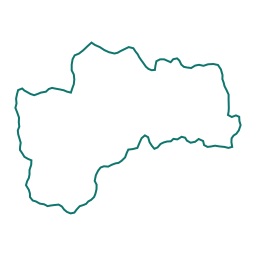 the district of Juruaia, Minas Gerais, Brazil
{"feature_id": "56859067B3043331336620", "entity_name": "Juruaia", "entity_type": "district", "adm_level": 2, "iso_a3": "BRA", "parent_name": "Brazil", "parent_adm1": "Minas Gerais", "projection": "albers", "projection_center": [-46.523, -21.229], "detail": "fine", "context": "isolated", "style": "outline", "palette": "teal", "viewbox_px": 256, "rotation_deg": 0, "n_neighbors": 0, "source": "geoboundaries", "source_scale": "gbopen_adm2", "svg_char_len": 2163}
<svg xmlns="http://www.w3.org/2000/svg" viewBox="0 0 256 256"><path d="M30.0,197.1L32.7,200.5L35.8,201.4L39.8,203.6L44.2,204.3L47.5,206.1L50.8,205.5L54.8,205.0L58.7,204.6L61.9,206.5L64.1,209.6L66.9,211.9L70.6,213.4L74.4,212.6L76.5,209.7L79.7,206.2L83.4,205.0L86.2,203.8L88.2,201.5L91.2,199.8L94.1,197.0L95.4,193.8L96.5,189.3L96.6,184.7L94.7,180.9L95.9,175.1L98.1,170.7L100.6,167.5L103.9,166.3L108.2,166.6L111.7,164.8L115.4,163.4L118.5,162.9L121.6,160.8L125.1,157.4L126.8,152.8L128.3,149.6L132.6,149.1L137.4,147.9L139.5,142.8L141.6,138.2L144.9,135.4L148.1,137.2L149.6,142.3L152.0,146.0L154.4,148.8L157.6,147.4L160.5,144.0L163.5,142.5L167.1,141.5L170.9,141.3L173.4,138.9L177.4,139.4L181.6,136.8L185.1,137.7L186.9,140.6L190.6,142.7L195.1,141.8L198.7,139.0L203.1,141.0L204.1,145.1L207.6,146.9L210.9,146.5L215.0,145.7L219.3,146.4L224.3,146.9L228.4,147.9L232.2,146.9L231.4,142.1L231.6,138.3L233.6,135.5L236.4,133.7L238.8,130.4L240.6,125.1L239.4,121.0L239.2,116.8L235.9,115.4L231.8,117.0L228.0,115.0L228.6,111.5L228.8,108.1L228.7,103.6L228.6,99.8L228.6,94.6L226.5,90.0L224.5,86.1L223.7,82.7L222.4,79.2L222.5,75.0L220.9,69.4L218.0,65.0L213.4,64.0L208.0,64.3L203.5,65.8L198.9,64.8L195.1,65.6L191.2,68.0L187.0,67.5L183.8,66.8L181.3,64.6L179.4,60.6L177.1,58.4L173.2,59.2L170.7,62.2L167.9,61.0L164.1,59.3L160.2,59.3L156.4,61.2L155.4,65.9L154.9,69.9L151.7,70.2L148.6,69.0L145.9,66.7L143.3,63.0L141.1,60.0L139.2,57.2L137.8,54.4L135.7,51.8L133.3,48.2L128.7,47.1L124.6,49.1L120.5,51.1L117.5,52.8L114.4,53.5L109.0,52.2L104.4,50.1L99.8,47.1L95.0,45.0L91.5,42.6L87.2,46.5L83.1,50.4L78.8,53.7L74.7,55.3L72.6,59.2L71.7,64.7L71.7,70.4L73.8,74.5L74.3,79.5L73.8,84.2L72.3,88.3L70.9,92.6L66.8,91.6L63.9,90.3L60.2,89.5L55.4,88.6L52.0,87.9L48.8,89.0L45.9,91.7L40.9,92.6L37.5,94.0L34.2,95.2L30.6,94.0L27.4,92.2L24.3,90.5L22.2,88.5L18.1,90.1L17.0,94.2L16.1,98.6L16.5,103.6L15.4,107.9L17.1,112.2L19.0,117.6L18.8,122.4L19.3,126.6L17.8,130.4L18.2,134.3L19.6,139.0L20.7,142.8L20.1,146.7L20.0,150.0L22.2,153.2L24.4,156.8L27.8,158.8L31.4,160.3L31.2,164.8L29.5,170.0L29.5,174.7L28.8,178.1L27.1,181.3L26.0,185.2L28.8,189.8L29.9,193.4L30.0,197.1Z" fill="none" stroke="#0f766e" stroke-width="2"/></svg>